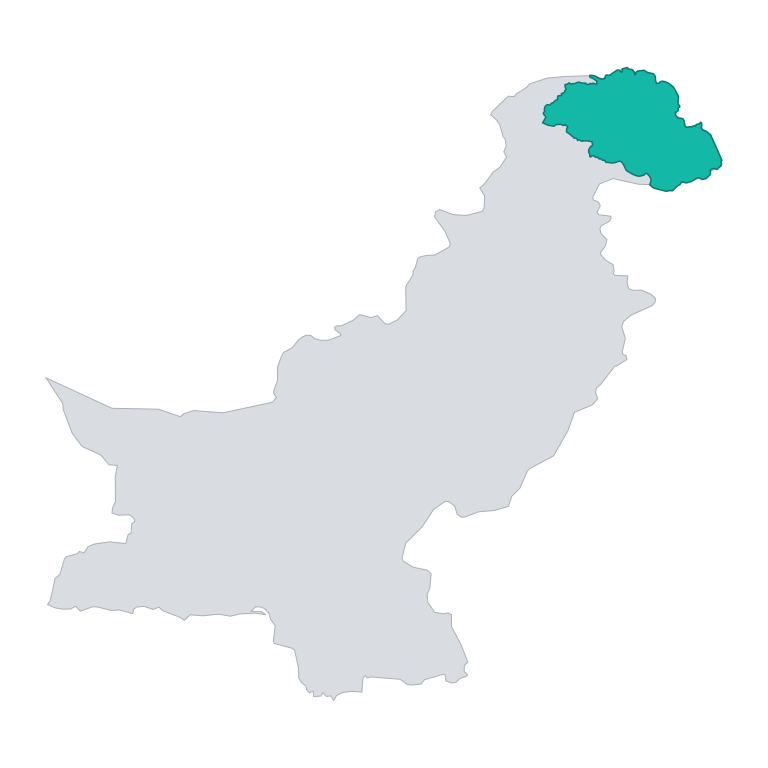 Pakistan, with Northern Areas highlighted
{"feature_id": "PAK-1111", "entity_name": "Northern Areas", "entity_type": "Centrally Administered Area", "adm_level": 1, "iso_a3": "PAK", "parent_name": "Pakistan", "parent_adm1": "", "projection": "albers", "projection_center": [74.17, 35.776], "detail": "fine", "context": "in_parent", "style": "filled", "palette": "teal", "viewbox_px": 768, "rotation_deg": 0, "n_neighbors": 0, "source": "natural_earth", "source_scale": "10m", "svg_char_len": 9396}
<svg xmlns="http://www.w3.org/2000/svg" viewBox="0 0 768 768"><path d="M710.0,133.8L721.9,160.2L720.2,166.0L711.6,170.7L708.3,176.3L704.3,178.8L698.8,178.0L687.6,182.5L682.3,182.5L669.2,190.8L659.0,189.4L648.3,184.5L638.9,184.3L612.9,178.6L599.4,184.0L592.7,197.3L593.3,199.9L597.9,201.7L599.8,204.2L600.1,206.4L597.0,212.0L598.9,214.8L610.8,216.2L611.0,218.3L609.5,221.2L600.9,226.0L599.9,229.2L601.0,233.5L606.9,239.6L605.6,245.6L600.6,252.4L601.0,255.0L605.9,260.5L613.1,264.6L614.2,270.9L613.2,273.4L615.2,275.4L627.8,275.9L627.1,283.1L628.8,288.7L633.1,290.4L641.2,290.1L651.3,294.4L655.5,298.8L655.2,301.9L652.3,305.6L631.2,315.0L623.6,321.4L621.8,326.5L625.3,338.5L622.2,352.0L623.1,354.6L626.0,355.5L627.0,359.3L616.5,366.1L614.8,366.1L600.9,384.2L596.3,388.3L595.6,392.3L597.7,398.6L592.5,404.8L574.4,412.4L567.9,430.8L553.6,455.8L529.4,468.8L527.2,471.4L519.9,488.1L511.9,496.1L508.4,506.4L494.1,510.5L478.6,511.8L465.0,517.0L461.6,517.2L457.1,514.2L454.7,506.0L448.8,501.6L445.1,501.4L433.6,509.4L422.1,527.0L405.7,543.1L402.0,558.2L403.5,561.3L413.3,567.3L427.4,570.2L431.1,573.8L429.9,587.8L427.2,594.5L427.8,602.3L434.7,612.3L442.8,613.8L448.2,612.9L451.6,614.8L451.4,626.5L460.8,644.1L467.8,662.2L464.5,665.4L464.2,667.6L464.2,671.6L467.3,674.5L467.2,675.9L460.0,678.4L456.3,682.1L452.2,683.1L446.1,681.0L444.9,674.3L442.3,674.5L424.5,679.7L420.9,684.1L411.1,685.0L407.1,684.4L400.3,679.3L370.7,676.9L367.4,678.1L365.4,675.6L362.9,677.8L361.9,692.1L351.3,691.3L341.9,692.7L336.4,695.7L333.8,700.5L330.6,695.8L326.6,696.5L322.8,692.7L320.7,696.1L313.8,696.5L313.2,691.2L309.3,692.8L306.8,689.8L305.9,686.0L301.1,682.2L298.8,678.1L298.6,668.8L294.6,650.0L291.6,648.1L274.1,643.5L273.4,640.1L275.2,626.0L270.1,618.3L268.9,613.2L264.5,608.5L260.0,606.8L255.3,607.0L251.1,611.3L261.1,611.5L265.8,614.8L255.5,613.1L239.8,613.9L230.5,616.2L218.5,614.2L202.9,615.8L190.3,614.8L184.5,620.2L179.7,617.2L162.8,610.8L159.0,607.1L153.2,609.4L144.0,606.3L136.5,607.1L133.5,609.5L132.9,613.6L118.9,609.9L111.9,610.6L96.6,606.8L92.5,606.8L80.4,611.2L75.8,606.3L70.5,609.0L62.4,609.1L55.1,607.9L47.6,604.6L50.4,600.1L55.2,578.3L59.9,574.5L64.2,559.5L66.0,556.8L77.4,553.7L79.3,551.5L84.1,552.7L88.1,546.7L94.0,544.1L109.6,541.9L125.8,543.5L128.1,534.7L131.1,533.0L131.8,523.5L134.8,521.6L134.8,520.2L133.1,517.3L129.5,514.8L118.4,515.2L112.0,512.9L112.6,507.8L115.5,501.3L115.2,476.9L117.3,465.4L109.0,464.8L101.0,455.2L82.0,446.4L72.2,433.3L63.1,409.1L62.9,403.8L46.1,377.9L112.0,408.3L158.5,409.2L180.4,416.7L183.8,413.7L193.6,410.6L223.3,412.8L272.5,402.2L276.4,397.6L273.9,393.7L273.8,390.5L277.4,380.6L277.7,366.7L281.0,357.5L283.5,352.4L292.2,347.8L298.4,339.9L302.8,336.8L306.8,335.1L311.1,335.7L314.6,338.7L321.6,340.4L328.5,340.1L340.7,335.6L340.6,333.9L335.2,329.9L334.6,327.3L336.7,325.9L341.4,325.8L353.3,320.2L359.6,314.6L371.1,317.6L377.6,315.6L384.8,323.6L388.4,324.4L397.5,319.8L406.1,310.6L405.7,286.5L413.0,274.8L413.2,270.9L415.3,267.7L417.7,258.7L420.5,256.7L426.1,255.5L434.9,255.0L449.1,247.0L450.2,243.2L444.6,230.7L434.5,216.9L435.6,211.6L439.9,209.6L453.0,214.6L466.2,215.5L482.4,211.3L484.1,207.9L484.6,195.9L479.7,187.9L483.8,184.7L493.3,172.0L499.8,167.3L506.6,157.0L503.8,151.8L506.1,146.1L505.2,139.3L503.2,136.8L499.9,125.3L496.7,120.1L490.7,114.9L492.7,111.1L508.2,96.2L514.2,96.6L516.2,94.0L527.0,87.1L529.4,83.9L547.6,78.0L566.8,76.4L592.2,75.6L602.6,78.6L624.4,68.4L627.9,68.4L635.6,72.4L642.0,70.7L645.5,71.3L653.3,74.1L656.5,82.6L657.9,83.2L662.3,81.5L665.9,82.3L674.5,89.0L678.2,99.5L678.1,109.9L675.7,113.8L676.0,115.7L682.3,118.8L685.5,126.2L689.6,127.0L701.3,123.0L701.9,128.6L710.0,133.8Z" fill="#d9dde1" stroke="#a8b0b8" stroke-width="1"/><path d="M678.2,95.7L678.6,97.6L678.0,101.5L678.0,103.4L678.3,104.1L679.3,105.4L679.7,106.0L679.9,106.8L679.4,107.3L678.7,107.6L678.2,108.2L678.1,108.8L678.5,109.6L678.4,110.2L678.2,110.5L678.0,110.8L676.0,112.1L675.5,112.6L675.3,113.4L675.5,115.0L676.4,116.6L677.7,117.7L678.9,118.3L681.9,118.4L683.1,119.0L684.1,120.8L684.5,122.6L684.7,124.6L685.1,126.3L686.2,127.3L687.1,127.3L689.0,126.8L689.9,126.7L690.7,126.8L691.3,127.0L691.9,127.0L693.4,126.0L694.1,125.9L694.8,126.1L695.5,125.9L695.8,125.6L696.2,124.8L696.6,124.4L697.0,124.3L697.5,124.2L698.4,124.2L699.3,123.9L700.7,122.3L701.4,122.5L701.8,124.1L701.4,128.0L702.2,129.6L703.5,130.3L706.4,131.3L707.7,132.3L708.7,133.6L709.2,134.1L709.9,134.5L710.5,134.5L721.9,160.2L721.7,160.4L720.9,161.4L721.1,162.6L721.5,163.9L721.3,165.4L720.7,166.2L718.3,168.2L717.6,169.1L717.1,169.5L716.5,169.4L715.4,168.8L714.4,168.5L712.9,168.7L711.6,169.2L710.6,170.0L710.3,171.1L710.5,173.7L710.2,174.6L706.6,178.2L706.1,178.5L702.7,179.4L702.0,179.4L701.4,179.1L699.6,177.9L698.1,177.7L696.6,178.3L691.1,181.6L686.9,182.8L685.6,182.9L683.0,181.8L681.6,182.2L681.0,182.8L680.2,184.2L679.7,184.9L679.4,185.0L678.3,185.4L675.8,187.4L673.5,189.9L672.7,190.5L672.0,190.8L670.3,190.6L669.4,190.6L667.1,191.2L665.3,191.1L654.8,188.4L653.1,187.6L651.5,186.5L650.9,185.7L650.3,184.8L649.8,184.5L649.9,184.0L650.8,181.7L651.0,180.1L650.7,178.5L650.0,177.0L649.0,175.7L647.2,173.7L646.3,173.3L645.6,173.5L644.2,174.8L643.4,175.3L641.9,175.6L640.9,176.0L639.7,176.2L637.9,176.1L635.4,175.4L632.7,174.3L627.2,171.1L626.1,170.1L625.3,168.5L623.7,164.9L622.7,163.3L621.6,162.0L620.4,161.4L619.4,161.2L617.3,161.8L614.9,162.7L611.6,163.0L608.0,162.4L605.9,162.4L605.9,162.1L605.7,161.8L605.1,161.3L605.0,161.1L605.0,160.9L605.1,160.5L605.0,160.4L604.9,160.3L604.1,160.3L602.4,160.2L602.2,160.1L601.2,159.2L601.1,158.9L600.9,158.8L600.7,158.7L600.0,158.8L599.7,158.8L599.4,159.0L599.1,158.9L598.9,158.8L598.0,157.6L596.9,157.2L596.5,157.1L595.8,157.4L595.6,157.4L595.4,157.3L594.6,156.4L593.9,156.0L593.4,155.9L593.1,155.8L592.1,155.8L591.7,156.0L590.9,156.8L590.7,156.9L590.5,157.0L590.4,157.0L590.2,156.9L590.0,156.7L589.7,156.3L589.7,156.0L589.7,155.8L589.8,155.6L589.9,154.8L589.9,154.6L589.8,154.4L588.7,152.3L588.6,152.1L588.6,151.8L588.7,150.4L588.7,150.0L588.7,149.8L588.9,149.4L589.8,147.9L590.2,146.9L590.8,146.4L591.8,145.9L592.2,145.7L592.4,145.6L592.5,145.5L592.5,145.4L592.4,144.8L592.2,142.8L592.2,142.7L592.0,141.9L591.5,141.6L586.4,140.8L583.9,140.9L581.4,141.2L579.9,140.1L579.0,139.9L577.7,140.5L577.2,139.5L577.0,139.0L576.6,138.6L576.3,138.4L576.0,138.2L575.6,138.1L575.3,138.1L574.5,138.2L573.8,138.0L573.7,137.9L573.4,137.3L573.3,137.1L573.0,136.8L571.5,135.8L570.6,134.8L567.0,132.3L566.7,132.1L566.6,131.8L566.5,131.6L566.5,130.9L566.7,128.4L566.8,128.2L567.6,127.4L567.8,127.2L567.7,126.8L567.6,126.6L566.4,125.8L566.0,125.5L565.4,124.9L565.3,124.6L565.2,124.5L564.9,124.6L564.6,125.0L564.2,125.3L563.8,125.4L563.4,125.4L563.0,125.4L562.4,125.2L562.1,125.0L561.7,124.8L561.2,124.5L560.9,124.4L560.6,124.3L556.7,124.5L556.1,124.7L554.6,125.6L554.1,126.2L553.5,126.2L551.9,125.8L548.2,125.3L542.7,122.8L545.6,117.6L545.7,117.4L545.4,116.5L545.3,116.1L545.1,115.8L543.9,114.7L543.7,114.3L543.6,114.1L543.5,113.7L543.4,113.4L543.4,113.2L543.5,112.7L544.7,111.2L544.7,110.9L544.7,110.6L544.3,109.9L544.4,109.0L544.9,107.0L545.0,106.7L545.2,106.4L545.4,106.1L545.8,105.7L546.1,105.4L546.6,105.0L547.2,104.8L547.6,104.7L548.0,104.7L548.4,104.8L549.5,105.2L549.9,105.1L550.8,103.9L551.0,103.7L551.7,103.2L552.3,102.9L552.9,102.8L553.1,102.7L553.6,102.4L555.0,100.7L555.4,100.4L555.7,100.2L556.9,99.9L557.2,99.7L557.5,99.4L557.6,99.1L557.6,98.9L557.6,98.3L557.6,97.1L557.8,96.2L558.0,96.0L558.4,95.8L559.2,95.7L560.3,95.7L561.3,95.6L561.5,95.5L561.6,95.3L561.7,95.0L561.6,94.7L561.3,94.0L561.3,93.8L561.4,93.6L561.7,93.5L563.7,92.7L564.3,92.3L564.6,91.8L564.7,91.5L564.8,90.9L564.9,90.6L565.5,89.8L565.8,89.2L565.9,88.9L565.8,88.5L565.2,86.9L565.0,86.3L565.0,85.2L565.0,84.8L565.1,84.6L566.0,84.4L567.3,84.1L567.7,83.9L568.9,83.0L569.1,82.9L569.3,82.9L569.7,83.2L570.3,83.8L570.5,83.9L570.7,84.0L571.7,83.8L572.7,83.7L573.4,83.8L573.7,83.8L574.4,83.6L578.4,82.1L578.9,82.2L579.9,82.4L582.2,83.1L582.4,83.2L583.3,83.1L583.7,83.1L583.9,83.2L584.2,83.3L584.4,83.3L584.6,83.3L585.2,83.0L585.4,83.0L585.5,83.1L585.8,83.6L586.1,83.9L586.2,84.1L586.4,84.2L586.6,84.2L587.7,84.2L587.9,84.3L588.4,84.5L588.6,84.5L588.8,84.5L589.2,84.2L590.0,83.5L590.3,83.4L590.5,83.4L590.8,83.5L591.6,83.9L591.8,83.9L592.0,83.9L592.8,83.3L593.0,83.3L593.4,83.3L594.6,83.7L595.4,84.0L596.2,84.2L596.4,84.2L596.7,84.0L596.7,83.8L596.7,83.1L596.7,82.9L596.9,82.5L596.9,82.2L596.7,81.3L596.5,81.0L596.0,80.6L593.8,79.1L593.3,78.5L592.8,78.2L592.4,78.0L590.9,77.8L590.6,77.6L590.2,77.4L590.0,77.1L589.9,76.9L589.8,76.3L589.9,75.3L592.3,75.4L594.7,75.9L595.9,76.4L599.0,78.4L600.2,78.7L601.3,79.1L602.5,79.1L604.8,78.4L605.1,77.9L605.3,76.2L605.6,75.6L606.1,75.1L606.8,75.0L609.3,75.3L610.3,74.9L612.1,73.4L615.4,71.3L616.4,70.5L618.0,70.0L618.8,70.0L619.6,70.2L619.9,70.5L620.6,71.5L621.3,72.2L621.9,72.0L622.2,70.5L622.4,70.1L622.4,69.7L622.3,69.4L622.1,69.1L622.9,68.7L625.4,68.1L626.8,67.5L627.4,67.6L627.9,68.4L629.0,69.3L631.8,69.4L633.1,70.4L634.2,72.1L634.5,72.7L634.7,74.1L634.9,74.6L635.5,74.4L635.7,73.9L636.0,72.5L636.4,71.9L637.0,71.5L637.6,71.2L639.0,70.8L640.4,70.8L643.7,70.3L644.5,70.4L645.0,70.8L646.1,71.7L647.4,72.5L652.0,73.4L653.5,74.0L654.6,75.0L655.2,76.5L655.5,78.3L655.6,80.3L655.9,82.1L656.8,83.3L659.1,83.4L659.4,83.1L659.5,82.6L659.7,82.1L662.1,81.1L665.2,81.7L668.3,83.1L670.7,84.8L673.1,86.9L674.1,88.1L678.2,95.7Z" fill="#14b8a6" stroke="#0f766e" stroke-width="1.5"/></svg>